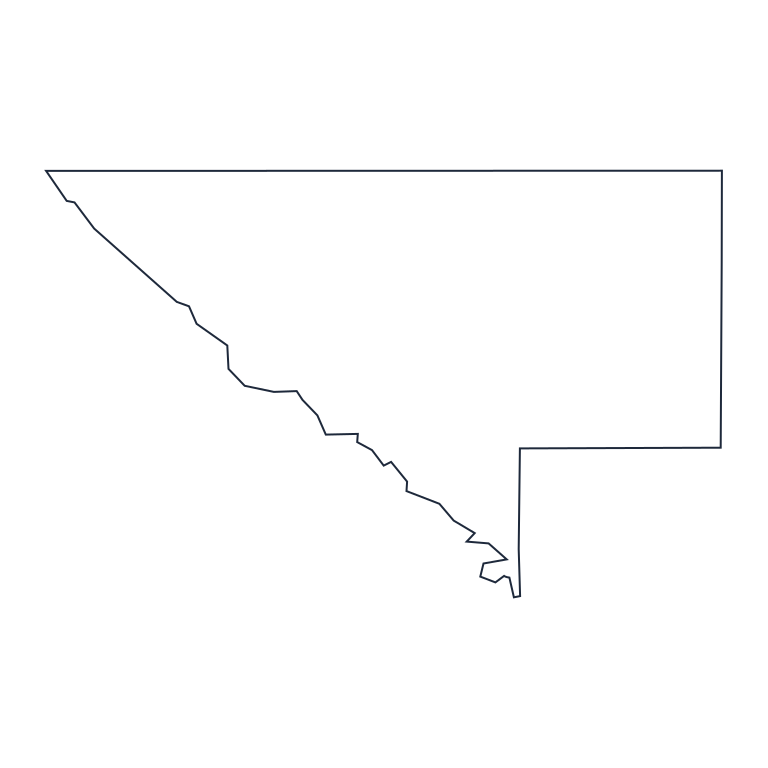 outline of Chippewa, Minnesota, United States of America
{"feature_id": "52423323B98268232841030", "entity_name": "Chippewa", "entity_type": "district", "adm_level": 2, "iso_a3": "USA", "parent_name": "United States of America", "parent_adm1": "Minnesota", "projection": "robinson", "projection_center": [-95.622, 44.952], "detail": "fine", "context": "isolated", "style": "outline", "palette": "slate", "viewbox_px": 768, "rotation_deg": 0, "n_neighbors": 0, "source": "geoboundaries", "source_scale": "gbopen_adm2", "svg_char_len": 663}
<svg xmlns="http://www.w3.org/2000/svg" viewBox="0 0 768 768"><path d="M721.9,170.7L46.1,170.9L66.7,200.9L74.5,202.4L94.2,228.6L176.8,301.9L189.0,306.3L196.6,323.8L227.3,345.5L228.5,368.9L244.7,385.8L273.9,391.9L296.7,391.1L302.5,399.9L317.4,415.4L325.8,434.6L357.8,433.9L357.2,442.1L372.0,450.1L383.7,465.6L391.1,461.9L407.1,481.6L406.5,491.1L439.4,503.8L453.7,520.6L474.7,533.1L466.7,541.6L488.6,543.4L506.7,559.4L483.5,563.5L480.3,576.6L495.4,582.4L504.1,575.9L504.5,576.2L505.6,576.7L507.2,577.2L508.9,577.5L509.4,577.6L513.9,597.3L520.1,596.1L518.7,549.1L519.9,448.4L720.7,447.7L721.7,262.5L721.9,170.7Z" fill="none" stroke="#1e293b" stroke-width="2"/></svg>